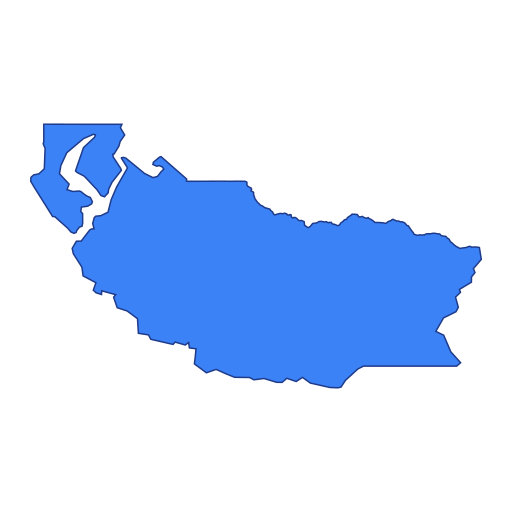 outline of Pierce, Washington, United States of America
{"feature_id": "52423323B40988222589259", "entity_name": "Pierce", "entity_type": "district", "adm_level": 2, "iso_a3": "USA", "parent_name": "United States of America", "parent_adm1": "Washington", "projection": "natural_earth1", "projection_center": [-122.103, 47.066], "detail": "fine", "context": "isolated", "style": "filled", "palette": "blue", "viewbox_px": 512, "rotation_deg": 0, "n_neighbors": 0, "source": "geoboundaries", "source_scale": "gbopen_adm2", "svg_char_len": 4086}
<svg xmlns="http://www.w3.org/2000/svg" viewBox="0 0 512 512"><path d="M76.4,241.2L72.2,248.4L73.3,253.7L81.9,267.2L83.1,275.9L95.9,282.7L93.3,290.2L96.1,292.8L101.5,294.5L101.7,290.8L115.7,294.7L113.6,297.2L117.2,307.7L127.2,311.0L137.5,318.7L138.4,333.3L148.5,334.9L150.8,339.3L173.0,344.4L175.2,342.1L185.3,345.0L188.6,342.5L189.4,347.9L196.0,348.8L195.2,357.3L194.4,363.9L206.4,372.8L216.1,369.4L226.9,374.2L234.6,377.3L249.6,377.5L253.8,379.8L264.0,378.5L276.6,382.3L282.1,382.4L286.8,378.3L296.2,381.5L302.5,377.4L310.4,383.1L330.0,387.5L337.9,387.8L341.0,387.1L345.4,380.4L357.8,369.0L363.5,366.1L456.7,366.1L460.6,362.7L450.8,351.8L443.7,335.2L435.8,331.4L443.5,317.9L456.0,311.7L458.3,307.3L455.5,297.1L460.5,292.3L459.4,289.4L471.4,282.2L471.5,276.9L475.0,272.6L473.4,268.6L481.3,259.4L479.4,247.6L478.8,247.3L475.7,247.0L471.7,247.1L469.8,246.3L468.2,246.7L466.2,247.5L463.2,247.9L459.6,248.4L458.4,247.5L456.4,246.6L454.0,244.8L452.4,243.2L450.7,241.9L449.9,240.8L449.3,239.5L448.6,238.8L447.4,238.2L446.4,237.0L445.8,236.4L445.0,236.2L444.3,236.4L443.2,236.0L441.3,235.6L440.6,235.0L439.8,234.0L438.2,233.8L436.6,233.7L435.0,233.3L432.6,233.3L430.5,233.8L429.0,233.7L426.6,233.8L425.3,234.3L424.2,235.0L422.9,234.9L421.4,235.1L419.9,234.8L419.0,235.0L417.8,235.3L416.9,235.2L415.1,234.6L413.8,234.1L413.5,233.0L412.3,231.5L410.9,229.7L409.6,227.8L408.3,225.8L406.6,225.3L406.0,224.3L404.6,222.8L403.4,222.3L402.2,221.8L400.6,221.9L398.6,221.0L396.8,221.1L395.4,220.4L393.9,219.8L393.0,219.3L391.7,219.8L391.0,220.7L389.3,221.1L387.9,221.8L386.5,223.0L385.0,223.3L382.8,222.8L380.4,222.6L377.0,222.5L374.8,222.4L373.2,220.9L371.6,219.8L368.8,218.3L368.2,217.6L367.3,217.9L366.7,218.3L365.0,217.9L363.7,217.3L362.3,216.4L360.2,217.0L358.7,216.7L357.4,214.6L356.1,214.4L354.3,214.2L353.1,214.3L352.2,214.1L350.9,215.3L349.0,216.5L347.4,217.7L346.7,219.2L344.5,219.8L342.6,221.7L340.7,223.0L339.8,224.5L339.1,225.3L337.2,225.6L336.0,224.9L333.9,224.1L333.0,224.3L331.8,223.3L331.3,222.4L329.8,222.3L328.9,222.7L327.2,222.4L326.6,221.7L324.1,222.0L321.2,221.3L318.7,221.6L317.5,222.6L315.5,223.1L312.6,223.5L311.3,225.2L310.3,226.3L308.7,227.6L307.4,227.2L304.6,225.3L304.1,221.6L301.3,220.4L299.7,220.8L297.8,219.7L297.1,218.7L295.5,217.6L294.0,217.4L292.9,218.0L291.6,217.2L291.1,215.8L291.2,215.0L290.0,214.5L289.2,215.1L287.2,214.8L286.8,213.9L284.7,213.2L282.7,213.7L280.4,213.4L278.5,213.8L276.6,214.3L275.9,214.7L274.3,214.7L273.3,213.6L272.6,212.0L270.8,210.6L269.8,209.1L267.8,208.5L264.9,207.7L262.3,205.9L260.3,205.1L259.1,203.7L257.5,202.3L256.0,200.2L254.7,198.3L254.4,196.6L253.8,195.3L253.5,193.9L253.7,192.8L252.8,191.6L251.9,191.4L251.2,191.1L251.1,190.1L251.6,189.4L251.1,188.0L250.1,187.6L247.9,186.3L247.0,185.3L246.9,183.7L247.0,182.8L246.7,182.0L245.1,181.3L238.5,181.2L228.7,181.3L223.0,181.2L219.8,181.2L218.9,181.2L198.8,181.3L187.6,181.3L186.5,181.2L186.6,179.0L161.0,156.6L159.4,157.2L153.4,162.2L152.9,164.5L156.7,166.2L159.2,165.6L162.4,167.0L163.8,169.1L161.1,171.7L157.5,176.4L155.0,177.1L153.0,177.6L144.6,173.5L125.8,158.1L123.7,157.4L121.5,157.7L121.4,158.2L127.5,167.9L124.3,173.5L117.3,185.8L116.9,186.4L111.2,199.6L108.0,212.2L100.7,215.7L95.7,216.2L94.2,217.7L92.7,223.5L94.1,228.8L91.4,229.0L89.7,230.0L81.2,241.1L76.4,241.2ZM43.2,143.8L45.1,148.4L44.3,168.8L38.9,173.8L33.7,174.9L31.0,177.3L30.7,181.2L33.9,186.7L52.6,216.5L55.0,216.8L59.0,220.5L61.4,222.6L67.7,228.2L70.8,231.9L73.8,233.3L76.1,232.5L76.7,230.7L79.4,227.1L82.0,226.3L82.7,223.2L82.6,213.5L80.8,211.6L81.4,207.1L87.7,206.2L91.7,203.8L92.4,201.7L90.3,197.5L87.0,196.1L84.6,194.5L80.8,191.5L79.1,191.0L73.2,191.5L71.9,191.2L67.0,189.6L69.1,184.1L59.5,173.8L60.8,165.7L66.8,152.7L83.5,138.6L93.4,134.3L95.4,134.8L94.7,137.1L83.5,147.6L75.5,170.9L77.0,172.4L84.3,176.2L97.0,189.7L100.9,195.5L104.5,196.8L108.2,192.8L108.7,189.1L112.0,182.3L121.4,170.3L120.6,168.3L114.2,158.5L113.4,157.4L112.7,154.3L114.1,154.0L118.9,146.1L120.2,141.4L124.7,135.0L120.4,127.8L121.9,124.3L85.8,124.3L43.8,124.2L43.8,141.7L43.2,143.8Z" fill="#3b82f6" stroke="#1e3a8a" stroke-width="1.5"/></svg>